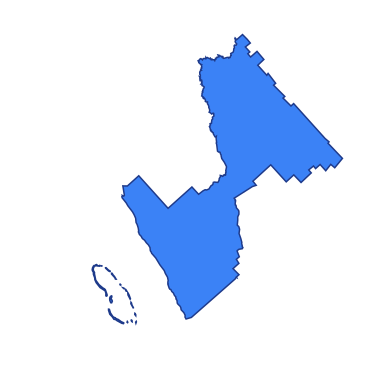 the district of Othón P. Blanco, Quintana Roo, Mexico, rotated 138°
{"feature_id": "50627088B47039366190393", "entity_name": "Othón P. Blanco", "entity_type": "district", "adm_level": 2, "iso_a3": "MEX", "parent_name": "Mexico", "parent_adm1": "Quintana Roo", "projection": "natural_earth1", "projection_center": [-87.878, 18.437], "detail": "fine", "context": "isolated", "style": "filled", "palette": "blue", "viewbox_px": 384, "rotation_deg": 138, "n_neighbors": 0, "source": "geoboundaries", "source_scale": "gbopen_adm2", "svg_char_len": 6085}
<svg xmlns="http://www.w3.org/2000/svg" viewBox="0 0 384 384"><g transform="rotate(138 192 192)"><path d="M56.9,277.6L57.5,277.3L57.9,275.8L59.2,275.0L59.6,274.1L59.7,272.1L61.0,271.6L62.1,272.7L62.8,272.5L64.2,270.6L65.1,270.5L66.7,269.0L68.0,268.4L70.6,269.0L71.5,267.3L71.9,267.5L73.6,266.5L73.9,266.9L75.0,266.9L74.9,267.8L76.0,268.6L79.0,270.0L79.3,270.8L78.6,271.5L78.5,272.1L79.4,272.2L79.2,272.9L80.1,274.3L80.0,274.9L81.0,276.4L81.6,274.6L82.1,275.0L82.9,274.9L83.4,275.5L84.1,275.2L85.0,275.6L85.4,274.8L85.9,275.1L87.2,274.4L87.1,275.5L88.3,276.6L88.2,277.6L88.4,277.7L88.9,277.1L89.3,277.4L89.2,278.5L88.8,279.2L89.8,279.4L90.7,281.8L91.4,281.7L91.8,282.1L91.7,282.7L92.7,281.8L93.4,282.9L94.2,283.5L95.8,283.2L95.6,283.9L95.9,284.4L96.2,284.4L96.2,285.2L97.0,285.5L98.6,285.2L99.6,285.5L99.9,284.6L99.5,284.4L100.3,283.8L100.4,283.2L100.0,281.4L100.3,281.1L99.6,280.2L100.2,280.0L100.7,278.8L101.9,278.1L101.8,277.6L103.4,277.3L103.4,276.8L103.9,276.6L103.8,276.2L104.5,276.5L106.1,275.9L107.6,274.0L107.4,273.7L107.7,273.1L108.9,272.2L108.9,271.8L109.3,271.8L109.4,272.2L110.0,270.6L110.3,271.0L110.6,270.8L110.6,270.3L111.0,269.9L110.5,269.9L110.8,269.4L110.4,269.5L110.0,268.5L110.6,268.0L110.8,267.3L111.6,266.9L111.6,266.5L112.7,266.2L112.3,266.0L112.3,265.6L113.2,264.6L112.8,264.4L113.0,263.1L112.6,262.3L113.2,261.4L114.5,261.2L115.7,260.3L116.0,260.4L116.5,259.8L117.0,259.8L117.1,259.0L118.3,258.8L120.0,257.1L120.5,256.9L120.1,254.9L120.7,254.8L120.9,254.3L120.7,253.4L120.1,253.4L120.1,252.9L120.6,251.1L121.4,250.6L121.2,249.4L120.2,248.6L121.5,247.2L121.6,246.0L122.4,244.1L123.0,243.6L123.6,241.8L124.5,240.5L125.9,239.8L125.4,238.6L125.2,236.7L123.6,236.5L123.3,235.9L124.9,233.8L126.8,233.9L127.8,232.4L129.1,232.3L131.5,230.1L132.8,230.7L133.3,229.6L133.8,229.7L134.8,228.8L135.3,228.9L135.8,227.3L136.9,225.7L137.0,225.1L136.6,225.0L137.1,224.2L136.8,223.9L136.7,223.2L137.0,223.0L136.6,221.8L137.2,221.1L138.0,217.6L137.8,217.2L136.7,217.1L137.8,216.2L140.7,212.2L141.2,212.2L141.9,210.7L145.7,205.3L145.5,203.9L144.7,203.1L144.6,202.6L145.3,201.5L145.6,200.0L146.1,199.5L147.5,197.0L148.1,192.4L149.2,188.3L149.6,187.5L152.7,185.2L153.4,184.0L154.1,183.8L155.6,182.2L155.9,182.2L156.2,183.0L156.9,182.9L157.3,183.5L158.3,183.0L158.9,183.2L159.1,184.3L159.9,185.4L160.6,184.4L162.7,183.8L164.2,182.5L166.4,181.8L168.7,184.4L169.7,184.9L171.6,183.6L173.9,183.9L177.4,182.9L179.9,183.8L180.7,184.9L183.0,185.5L188.6,185.9L188.7,195.8L220.7,195.9L220.7,239.7L236.0,239.7L239.3,242.8L244.4,234.9L245.5,234.6L246.1,236.1L246.4,235.5L247.1,235.6L247.8,234.5L248.2,227.9L248.9,224.7L249.5,217.0L250.2,213.9L251.4,210.3L254.0,206.7L254.5,204.6L256.0,201.3L257.6,198.9L258.6,198.2L258.5,197.7L259.3,196.4L259.5,195.4L259.4,192.9L259.9,191.5L259.9,189.7L259.5,188.0L259.9,184.9L259.8,181.8L260.4,178.8L262.3,176.2L262.5,174.7L263.0,173.4L263.1,167.2L264.6,159.3L265.2,152.2L266.3,149.3L267.2,145.1L269.0,142.0L269.5,141.8L271.1,140.3L271.2,139.6L271.7,139.5L273.3,135.9L273.5,134.6L273.0,133.7L273.6,131.5L273.4,129.5L274.3,126.7L274.2,125.0L275.0,124.0L275.1,123.1L275.6,122.8L275.6,121.6L277.3,119.3L277.5,118.1L277.3,115.0L277.7,113.6L278.9,111.7L278.8,107.8L279.6,105.0L280.9,103.7L281.4,101.6L276.4,99.2L218.0,98.5L216.2,99.1L216.0,98.5L215.8,99.1L212.4,99.1L212.8,107.6L204.9,107.6L204.1,112.3L200.2,112.2L198.1,117.7L197.6,118.2L195.4,118.0L192.6,116.2L191.4,116.6L191.4,117.6L191.0,117.8L189.4,120.7L188.7,121.2L186.8,124.9L184.8,129.7L181.6,132.4L180.4,134.9L180.5,137.1L176.8,140.5L174.7,142.9L172.0,144.1L170.3,146.0L169.7,147.1L169.6,150.5L168.2,152.7L168.5,153.3L167.4,154.8L166.0,155.8L165.9,156.6L165.1,156.7L164.8,159.2L143.4,155.6L139.8,154.0L139.5,159.3L115.3,159.5L115.2,136.5L104.9,136.6L104.6,126.1L90.6,126.4L90.5,130.3L84.3,130.0L84.5,126.7L78.4,126.7L78.4,118.3L70.4,119.7L69.7,114.5L57.7,116.3L58.3,137.2L56.6,137.6L57.3,142.7L57.3,189.7L60.9,189.7L61.5,200.9L59.1,200.9L59.9,216.8L57.1,216.8L56.1,229.2L58.3,228.7L58.3,242.2L49.9,242.4L49.6,253.0L58.1,253.1L58.0,257.4L55.3,257.4L55.3,264.1L49.0,263.7L48.8,268.6L49.1,275.2L56.9,275.3L56.9,277.6ZM318.2,201.0L318.7,200.1L319.0,198.4L320.4,196.7L321.7,193.4L322.9,191.8L323.9,188.7L324.3,182.5L322.7,176.7L323.8,174.3L325.5,172.5L325.1,171.7L324.4,171.8L323.7,172.7L321.8,177.3L321.8,178.5L322.4,180.3L323.1,185.3L322.5,190.9L319.2,196.5L318.3,197.4L317.8,199.6L316.7,201.1L314.9,201.9L315.1,202.8L316.7,202.2L318.2,201.0ZM331.0,140.0L330.3,140.3L330.3,140.6L331.3,142.9L332.1,146.7L332.7,147.8L333.2,149.1L333.1,149.8L334.0,151.5L334.1,152.4L333.5,156.6L331.9,160.1L332.4,160.8L333.1,160.1L334.9,156.2L334.8,152.6L335.2,149.6L334.2,148.4L333.9,146.7L332.0,141.3L331.0,140.0ZM325.8,163.4L324.2,164.2L323.7,165.4L323.9,166.6L321.9,167.6L321.2,168.3L321.2,168.6L321.5,168.7L321.4,168.2L321.5,168.6L323.3,168.8L324.6,167.8L325.6,166.5L326.4,164.4L326.4,163.8L325.8,163.4ZM306.1,185.5L306.7,184.9L306.7,180.0L307.2,178.5L306.7,178.0L306.1,181.1L306.1,183.3L305.8,184.6L305.8,185.3L306.1,185.5ZM306.9,193.6L307.2,193.2L306.9,189.4L306.5,188.1L306.0,187.7L305.7,188.1L306.3,189.8L306.5,193.3L306.9,193.6ZM307.3,159.9L308.5,158.3L309.7,153.7L309.2,153.8L307.7,157.4L307.1,159.7L307.3,159.9ZM311.1,150.9L312.2,149.9L313.4,144.7L312.9,145.3L312.3,148.0L311.1,150.3L311.1,150.9ZM312.7,201.9L311.6,200.1L311.4,200.2L311.4,201.9L312.3,202.3L312.7,201.9ZM315.6,140.1L316.5,139.3L316.6,137.7L316.0,138.3L315.5,139.7L315.6,140.1ZM306.7,164.6L307.3,162.4L306.8,161.7L306.4,163.9L306.7,164.6ZM323.0,137.5L323.5,136.2L323.3,135.6L322.5,136.7L322.7,137.5L323.0,137.5ZM311.0,199.8L310.9,199.3L310.1,198.5L309.5,198.6L309.6,199.2L311.0,199.8ZM320.0,133.2L321.0,133.0L321.5,132.0L320.2,132.7L320.0,133.2ZM314.1,202.9L314.3,202.4L313.4,201.8L313.8,202.9L314.1,202.9ZM327.3,138.0L326.8,138.2L326.7,139.1L327.1,138.9L327.0,138.6L327.4,138.5L327.3,138.0ZM307.3,171.7L307.6,171.1L307.3,170.5L306.9,170.8L307.0,171.6L307.3,171.7ZM307.4,167.0L307.4,165.9L307.2,165.8L306.9,166.2L307.4,167.0ZM308.8,197.8L308.8,197.5L308.3,196.8L308.4,197.6L308.8,197.8Z" fill="#3b82f6" stroke="#1e3a8a" stroke-width="1.5"/></g></svg>